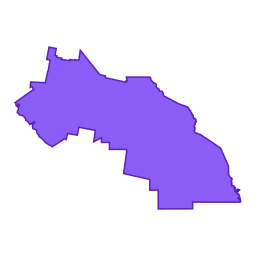 the district of Avellaneda, Santiago del Estero, Argentina
{"feature_id": "61730980B47702997871145", "entity_name": "Avellaneda", "entity_type": "district", "adm_level": 2, "iso_a3": "ARG", "parent_name": "Argentina", "parent_adm1": "Santiago del Estero", "projection": "robinson", "projection_center": [-63.079, -28.545], "detail": "fine", "context": "isolated", "style": "filled", "palette": "violet", "viewbox_px": 256, "rotation_deg": 0, "n_neighbors": 0, "source": "geoboundaries", "source_scale": "gbopen_adm2", "svg_char_len": 5654}
<svg xmlns="http://www.w3.org/2000/svg" viewBox="0 0 256 256"><path d="M149.9,77.1L126.3,77.1L127.3,81.0L125.8,81.0L125.8,82.2L105.3,77.7L105.5,75.9L99.8,74.7L80.3,50.2L78.8,60.3L74.8,59.6L74.6,60.3L69.9,59.5L69.7,60.6L65.5,60.0L61.7,59.7L61.9,58.2L56.6,57.2L56.9,55.8L55.1,55.5L56.2,48.5L49.0,47.1L46.7,59.5L50.1,60.1L48.0,71.5L47.7,71.6L45.3,82.7L30.6,82.0L30.3,87.4L31.7,86.5L33.7,89.3L15.4,102.4L15.5,102.4L15.6,102.7L15.6,103.1L15.8,103.5L15.8,103.8L16.0,104.2L16.0,105.0L16.3,105.9L16.8,106.0L17.1,106.0L17.7,105.5L17.9,105.3L17.9,104.8L18.1,104.5L17.9,104.2L18.1,104.0L18.9,104.3L19.2,104.8L19.2,105.2L19.3,105.8L19.1,106.2L18.8,106.5L18.5,106.6L17.9,106.6L17.5,106.7L17.5,106.9L17.9,107.3L18.2,107.1L18.6,107.3L18.7,107.9L18.6,108.6L18.0,110.1L17.8,110.7L17.5,111.2L17.5,111.6L17.2,112.2L17.3,112.6L18.5,113.6L19.1,114.3L19.3,114.7L19.4,114.8L19.8,115.0L20.7,115.2L21.9,115.5L22.9,115.8L23.7,116.5L24.1,116.8L25.3,118.4L25.6,119.0L25.6,119.3L25.8,120.4L26.3,120.7L27.8,121.4L28.1,121.8L28.3,122.5L28.8,123.0L29.5,124.1L29.6,124.4L30.2,124.3L31.1,123.8L31.7,123.3L33.0,122.6L33.2,122.4L34.2,121.8L34.6,121.8L34.5,122.9L34.1,123.4L33.5,123.9L32.7,124.4L32.3,125.0L32.5,125.5L32.5,126.0L32.6,126.6L32.7,128.1L33.0,128.5L33.1,128.8L34.4,129.1L35.2,129.4L35.6,129.6L36.3,130.2L36.8,131.1L36.8,131.3L36.7,131.7L36.7,132.3L37.1,133.4L37.6,133.9L37.9,134.0L38.3,134.5L38.5,135.1L38.8,135.9L39.2,136.6L39.4,136.7L40.2,137.4L41.3,138.0L41.7,138.5L42.2,139.1L42.4,139.1L42.8,139.7L44.0,140.7L44.8,141.6L45.1,142.3L45.5,142.7L46.8,143.4L47.4,143.8L48.1,144.3L49.1,145.1L50.2,145.2L51.1,145.8L51.7,146.5L52.2,146.8L64.9,138.6L66.2,139.6L67.6,133.5L77.3,135.2L78.9,127.3L95.4,130.4L93.7,141.8L101.4,137.8L101.4,142.4L109.4,142.4L109.4,149.4L126.6,149.4L126.6,151.9L123.6,173.6L149.7,179.4L149.7,190.2L158.2,190.1L158.2,208.9L192.7,208.8L192.6,202.1L240.3,202.1L240.4,201.9L240.5,201.7L240.6,201.3L240.5,201.0L240.4,201.1L240.3,200.9L240.2,200.7L240.4,200.5L240.4,200.3L239.7,199.8L239.6,199.6L239.8,199.5L240.2,199.4L240.3,198.8L240.2,198.4L239.9,198.4L239.7,198.6L239.7,198.9L239.6,199.0L239.0,198.8L238.6,198.6L238.3,198.4L238.0,198.3L238.0,198.2L238.2,197.8L238.5,197.7L238.8,197.8L239.1,198.0L239.5,198.3L239.6,197.9L239.7,197.7L239.5,197.2L239.6,196.7L239.6,196.3L239.2,196.3L239.1,196.1L239.3,195.7L239.3,195.0L239.1,194.8L238.3,194.2L238.0,194.2L237.7,194.1L237.7,193.7L237.9,193.5L237.9,193.3L237.8,193.2L237.1,193.3L236.8,193.2L236.6,193.1L236.5,192.9L236.1,192.5L236.1,192.1L236.3,191.8L236.3,191.6L236.8,191.4L237.2,191.5L238.1,191.5L238.3,191.3L238.2,191.1L238.4,191.0L238.6,190.6L239.0,190.2L239.6,190.1L239.6,189.8L239.5,189.7L239.1,189.7L238.9,189.5L238.7,189.6L238.4,189.8L238.1,189.5L237.9,189.4L237.9,189.8L238.1,190.0L238.0,190.4L237.8,190.6L237.2,190.7L235.9,191.0L234.8,191.1L234.6,190.9L234.7,190.7L235.2,190.7L235.7,190.3L236.5,190.1L236.8,189.9L236.8,189.7L236.2,189.5L235.6,189.5L235.3,189.3L235.1,189.0L234.5,188.6L234.5,188.4L235.2,188.1L235.3,187.9L235.3,187.5L235.2,187.4L235.0,187.2L234.4,187.1L233.8,186.8L233.8,186.6L234.0,186.4L234.0,186.1L233.8,185.9L233.0,186.0L232.2,185.8L231.9,186.0L231.7,186.0L231.6,185.6L232.1,185.1L231.9,184.9L231.7,184.9L231.6,184.4L231.7,184.1L231.6,183.7L231.7,183.4L231.9,183.2L232.0,182.8L231.6,182.4L231.7,182.1L231.6,181.7L231.3,181.3L231.3,180.9L231.4,180.6L231.7,180.1L231.8,179.9L232.0,179.8L232.0,179.6L232.0,179.4L231.7,179.1L231.7,178.9L231.8,178.8L232.0,178.5L232.0,178.4L231.3,178.2L231.2,177.8L230.0,177.3L229.6,176.8L229.7,176.5L229.4,175.9L229.2,175.8L228.8,175.4L228.6,174.7L228.7,174.3L228.6,173.9L228.5,166.2L220.7,148.3L208.1,139.6L205.0,137.6L203.3,136.7L202.9,136.2L201.9,135.5L201.7,135.5L201.4,135.2L201.2,135.0L199.9,134.4L199.4,134.3L198.2,133.7L197.7,133.7L197.5,133.4L197.3,133.2L197.1,133.1L196.6,133.2L195.9,133.1L195.7,133.0L195.4,132.7L195.1,132.6L195.1,132.4L194.6,132.1L194.3,131.5L194.1,131.4L194.0,130.9L194.6,130.5L194.7,130.3L194.8,129.4L194.9,129.1L194.8,128.9L195.0,128.7L195.0,128.2L195.0,127.9L194.5,127.8L194.2,127.4L194.2,127.0L194.4,126.8L194.4,126.6L194.2,126.4L194.2,126.2L194.3,125.8L194.5,125.6L194.5,125.3L194.9,124.7L195.0,124.5L195.2,124.3L195.2,124.1L195.0,123.8L195.1,123.5L194.8,123.0L195.0,122.8L195.3,122.9L195.5,122.8L195.7,122.4L195.9,122.2L196.0,121.9L196.2,121.7L196.1,121.4L196.1,121.1L196.1,120.9L195.8,120.7L195.8,120.4L195.7,120.2L195.7,119.7L195.9,119.6L195.8,119.1L195.5,118.9L195.2,118.8L195.0,118.6L194.9,118.7L194.6,118.7L194.5,118.8L194.3,118.8L194.1,118.6L193.7,118.7L193.6,118.1L193.7,117.9L193.7,117.7L193.3,117.5L193.3,117.1L193.2,116.9L193.3,116.2L193.1,116.0L193.1,115.6L192.9,115.3L192.6,115.1L192.6,114.7L191.9,114.2L191.7,113.5L191.8,113.3L191.5,113.1L191.3,112.6L190.8,112.1L190.7,111.1L190.4,110.6L189.9,110.2L189.2,109.5L188.9,108.8L188.9,108.5L188.8,108.2L188.2,108.0L188.0,107.5L187.7,107.4L187.5,106.9L184.1,105.8L183.5,105.5L181.2,104.8L180.4,104.3L179.5,104.2L178.9,104.0L178.3,103.6L176.6,102.7L175.7,102.2L175.0,101.9L173.8,101.1L173.1,100.9L172.5,100.5L172.0,100.3L171.4,99.9L170.7,99.6L170.3,99.3L168.5,98.4L167.7,98.0L167.3,97.8L166.9,97.6L166.8,97.4L166.1,97.2L165.8,96.9L165.5,96.9L163.6,95.8L163.4,94.9L163.2,94.4L163.3,94.0L163.1,93.6L163.0,92.8L162.7,92.6L162.5,92.3L162.3,91.6L162.1,91.3L162.0,91.2L160.6,91.2L159.9,91.2L159.4,91.1L159.1,90.7L158.9,90.1L159.1,89.7L159.2,89.3L159.0,89.1L156.8,87.7L156.4,87.2L156.3,86.8L156.2,86.6L156.2,86.1L156.3,85.8L156.4,85.2L156.4,84.8L156.0,84.1L155.7,83.7L154.5,83.2L153.8,82.8L153.5,82.8L153.1,82.4L152.8,81.8L152.4,81.4L151.7,81.0L151.2,80.2L150.8,79.5L150.8,78.6L150.7,78.2L150.4,77.6L149.9,77.1Z" fill="#8b5cf6" stroke="#5b21b6" stroke-width="1.5"/></svg>